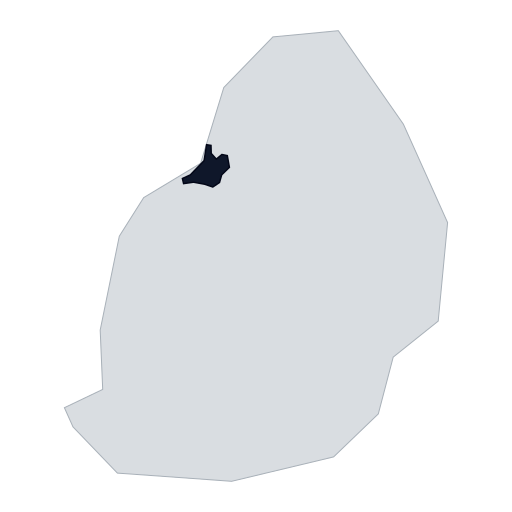 location of Port Louis city within Mauritius
{"feature_id": "MUS-5190", "entity_name": "Port Louis city", "entity_type": "City", "adm_level": 1, "iso_a3": "MUS", "parent_name": "Mauritius", "parent_adm1": "", "projection": "albers", "projection_center": [57.494, -20.147], "detail": "fine", "context": "in_parent", "style": "filled", "palette": "ink", "viewbox_px": 512, "rotation_deg": 0, "n_neighbors": 0, "source": "natural_earth", "source_scale": "10m", "svg_char_len": 621}
<svg xmlns="http://www.w3.org/2000/svg" viewBox="0 0 512 512"><path d="M333.6,456.9L231.6,481.3L117.4,473.1L73.0,426.9L64.4,407.7L102.7,389.4L100.2,330.1L119.3,236.2L143.7,197.6L200.6,163.3L223.8,87.5L272.9,36.9L338.3,30.7L403.4,124.2L447.6,222.6L438.2,321.1L393.2,357.1L378.3,413.9L333.6,456.9Z" fill="#d9dde1" stroke="#a8b0b8" stroke-width="1"/><path d="M182.4,178.5L190.3,174.9L204.1,160.6L206.6,144.7L211.0,145.4L211.2,153.4L216.3,159.1L221.9,154.5L227.3,155.6L229.4,167.3L221.7,174.8L219.5,182.5L212.8,187.0L204.5,184.2L193.5,182.2L183.6,183.6L182.4,178.5Z" fill="#0f172a" stroke="#020617" stroke-width="1.5"/></svg>